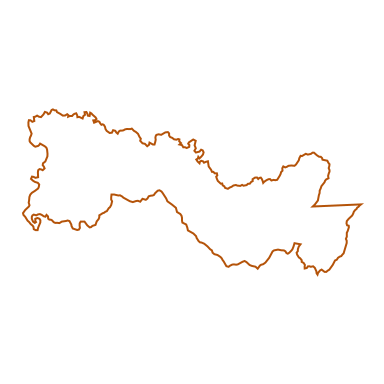 the district of Amaralina, Goiás, Brazil
{"feature_id": "56859067B2639795556258", "entity_name": "Amaralina", "entity_type": "district", "adm_level": 2, "iso_a3": "BRA", "parent_name": "Brazil", "parent_adm1": "Goiás", "projection": "robinson", "projection_center": [-49.631, -13.842], "detail": "fine", "context": "isolated", "style": "outline", "palette": "amber", "viewbox_px": 384, "rotation_deg": 0, "n_neighbors": 0, "source": "geoboundaries", "source_scale": "gbopen_adm2", "svg_char_len": 5963}
<svg xmlns="http://www.w3.org/2000/svg" viewBox="0 0 384 384"><path d="M138.0,133.8L135.8,131.9L133.9,130.8L131.8,128.6L130.4,129.1L126.8,129.0L125.0,129.4L123.5,130.3L122.0,130.6L120.2,130.6L118.8,131.5L117.7,133.7L116.3,132.5L115.3,130.8L113.1,130.2L111.9,132.7L109.7,133.0L106.7,130.9L105.5,129.0L105.0,126.8L103.9,125.0L102.7,124.3L101.4,124.8L100.2,123.4L99.4,121.8L97.9,121.1L94.1,122.7L93.3,120.4L95.4,120.1L96.5,119.0L95.6,117.4L92.4,114.6L91.5,113.5L90.2,112.7L89.6,116.0L87.9,115.7L87.4,113.8L86.4,112.0L84.5,112.2L85.0,114.8L83.4,116.0L82.6,118.5L79.2,116.9L77.4,117.2L77.2,115.3L76.2,113.3L74.3,113.9L73.1,114.8L72.1,116.0L69.8,116.0L68.2,116.7L68.4,115.2L67.2,114.2L65.1,115.5L62.8,115.6L60.3,113.9L57.0,112.1L56.3,110.4L54.5,110.3L52.9,109.4L51.6,110.0L49.8,113.5L48.2,114.2L47.2,112.7L44.9,111.9L43.5,114.4L41.0,117.1L38.9,116.7L37.1,115.6L35.3,116.7L33.8,117.0L34.3,121.0L32.3,121.8L30.5,120.3L28.9,120.2L28.4,122.4L28.5,126.0L31.6,133.6L31.0,135.6L30.2,137.1L29.6,139.2L29.6,141.1L30.3,142.4L33.8,145.8L35.3,146.7L38.2,145.9L39.3,144.9L40.1,143.6L44.5,146.1L45.7,147.0L46.6,148.1L47.1,149.8L47.5,153.8L47.4,156.4L45.3,161.5L43.0,163.3L42.7,165.2L43.8,166.5L44.6,168.4L42.7,170.2L41.1,169.4L39.5,169.1L38.2,170.2L37.9,172.2L38.1,177.2L35.4,177.8L33.6,176.9L32.0,176.6L31.0,178.9L33.0,180.7L34.9,181.9L37.8,182.8L39.2,184.5L38.8,186.9L38.1,188.5L34.9,190.9L31.9,192.8L30.3,194.6L29.4,197.0L29.1,200.4L28.7,202.7L29.5,205.2L28.9,206.5L25.2,210.0L23.0,213.1L23.5,215.0L25.2,216.8L27.6,220.7L29.1,222.0L30.8,224.2L32.5,225.5L33.4,226.7L33.8,229.2L35.6,230.1L37.6,230.1L38.2,227.5L40.3,222.5L40.4,220.3L39.5,218.8L37.5,218.0L35.3,218.8L35.3,220.9L36.0,222.1L34.8,222.9L33.1,221.7L31.8,218.8L31.8,216.8L32.4,215.5L33.7,214.6L36.3,215.3L38.0,214.4L39.9,214.1L41.6,214.8L43.8,216.3L45.4,216.7L46.5,214.9L48.0,216.4L48.2,218.7L49.3,219.6L50.8,219.7L52.0,220.3L53.7,222.2L55.3,222.9L57.1,222.8L59.4,223.1L61.8,221.6L66.0,221.0L67.6,220.5L69.5,221.1L71.3,224.5L71.5,226.0L72.8,228.5L77.2,230.0L78.9,229.6L79.9,227.9L79.6,225.4L79.7,223.3L80.7,221.6L84.5,221.6L87.3,225.4L89.7,227.4L91.1,227.1L92.4,225.9L95.5,224.9L96.7,221.4L98.6,219.1L99.3,217.3L99.3,215.3L101.2,214.2L102.5,213.3L104.2,212.7L105.4,211.7L106.8,211.2L108.8,208.1L109.9,207.3L111.2,205.0L112.1,201.3L111.2,199.6L111.2,197.4L111.5,194.5L114.0,194.5L118.4,195.5L120.0,195.3L122.3,196.6L123.3,197.6L129.8,201.2L132.8,202.1L136.2,201.0L137.9,200.8L140.2,201.7L142.5,198.8L145.8,199.8L147.4,198.6L148.7,196.3L150.7,195.7L152.7,195.5L154.0,194.9L155.0,193.3L157.7,190.7L159.5,190.3L161.5,191.5L162.7,193.1L166.2,198.5L167.4,201.3L172.0,204.6L175.9,207.8L177.0,212.0L180.3,214.0L181.5,215.7L182.0,217.8L182.0,220.5L182.4,222.6L186.2,224.5L187.3,227.6L187.9,230.4L193.4,233.5L196.1,236.2L196.6,237.9L198.6,241.1L200.1,242.4L201.4,242.5L204.2,243.7L207.5,246.4L210.1,249.2L211.9,250.4L212.6,252.7L214.4,254.2L217.5,255.0L220.5,257.0L221.7,258.3L222.7,260.2L223.6,261.3L226.4,266.2L228.6,266.8L229.8,265.8L232.2,264.6L233.9,264.4L236.2,264.7L237.8,264.4L242.5,261.8L244.6,261.0L246.5,262.1L249.6,265.0L251.8,265.9L255.5,266.7L257.7,268.7L259.9,265.6L261.0,264.8L263.2,264.2L265.4,262.6L269.2,257.8L272.6,251.4L274.0,250.4L278.0,249.6L281.5,250.3L283.9,250.4L285.4,251.3L286.5,253.1L287.8,253.7L289.3,252.7L291.4,250.6L292.4,249.3L293.5,246.6L294.5,243.2L300.5,244.3L298.8,246.5L297.9,249.1L297.8,251.2L296.6,252.7L297.1,254.6L298.9,257.5L300.1,258.2L301.7,260.2L301.7,261.9L303.6,262.9L304.9,264.9L304.6,266.8L304.7,268.5L306.8,268.0L307.9,266.4L309.6,266.3L310.8,266.8L313.1,266.3L314.8,267.8L316.4,271.4L316.6,273.3L317.5,274.6L318.0,273.0L320.0,270.5L321.6,269.6L324.6,271.9L326.3,271.9L327.6,270.7L329.3,269.7L332.8,264.8L335.0,260.5L336.8,259.7L338.0,257.8L339.8,256.6L341.3,256.1L342.4,254.6L343.6,253.4L346.7,243.0L346.7,240.7L345.9,238.9L346.8,236.7L346.8,232.8L347.7,231.0L348.9,227.2L348.7,225.7L347.1,225.3L346.5,223.4L346.8,221.1L348.6,218.9L352.2,215.5L353.2,213.6L353.8,211.8L355.1,210.1L356.6,208.9L357.2,207.6L358.4,206.9L359.6,205.5L361.0,204.4L312.8,206.5L314.8,204.6L317.9,200.5L318.9,195.1L319.6,193.1L319.7,190.6L320.7,188.4L321.4,186.2L324.5,182.3L325.1,180.7L326.2,179.4L328.5,178.3L328.1,175.9L328.8,173.3L329.5,171.7L329.5,170.1L328.7,168.1L329.3,166.1L329.5,164.2L328.5,163.0L327.3,160.7L322.5,159.7L322.1,158.1L320.8,156.8L319.0,156.7L316.8,155.2L314.0,152.7L312.5,152.7L310.9,153.9L307.8,154.6L305.8,153.8L301.9,156.1L300.6,155.8L299.3,158.2L298.8,160.3L296.0,164.5L294.5,165.8L291.4,165.5L288.5,165.8L286.9,166.8L285.2,167.4L283.3,166.4L282.3,168.2L282.5,170.7L281.1,172.1L280.6,174.0L279.7,175.8L277.2,179.8L275.4,180.2L273.5,179.9L271.4,180.5L270.0,179.1L268.6,179.2L267.2,179.8L265.7,180.7L264.1,181.9L263.2,182.9L262.6,180.8L261.7,178.8L260.8,177.6L259.4,177.9L258.2,179.0L257.0,177.5L255.0,177.6L252.6,179.2L252.7,181.1L251.2,181.9L249.8,183.7L247.9,183.8L246.6,185.1L243.5,185.7L242.1,184.9L240.3,185.9L237.3,185.6L235.9,185.0L233.4,185.5L231.6,186.8L229.8,187.5L227.9,188.8L225.1,187.9L224.3,186.3L222.7,185.4L222.2,183.5L220.8,183.7L217.8,180.9L216.8,178.6L216.2,176.7L217.3,175.4L216.9,173.3L214.7,173.3L213.4,171.9L212.0,171.9L211.1,169.8L208.7,166.5L207.9,161.3L205.7,161.9L204.0,162.7L203.1,161.4L201.2,160.8L199.9,161.7L199.5,163.3L197.6,161.5L196.3,159.5L197.8,158.6L198.3,156.9L199.4,158.4L201.3,156.6L203.0,154.5L203.6,152.3L202.7,150.4L201.1,149.7L199.5,151.6L195.9,152.5L194.4,150.8L195.8,148.3L194.6,145.3L195.7,140.8L193.2,139.5L188.9,142.4L188.2,143.7L189.4,145.1L189.2,146.9L186.7,148.0L184.9,147.2L183.3,147.3L182.0,145.1L179.5,144.5L181.0,143.1L179.2,141.3L179.4,139.4L178.1,139.0L176.4,139.7L174.0,139.3L172.3,137.9L170.1,137.0L169.1,135.5L169.1,133.4L167.9,132.1L165.3,132.4L161.2,134.8L158.6,134.3L156.4,134.9L155.7,136.1L155.4,137.7L155.7,139.7L155.2,142.1L154.5,144.5L152.9,144.5L149.5,142.6L149.0,144.8L147.2,146.2L144.9,143.8L142.5,143.3L140.2,140.8L140.8,138.7L139.5,136.9L138.0,133.8Z" fill="none" stroke="#b45309" stroke-width="2"/></svg>